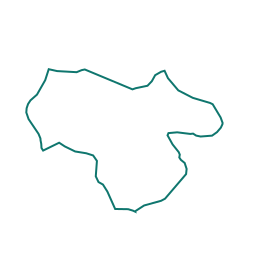 Kohgiluyeh and Buyer Ahmad, Albers equal-area conic projection, rotated 341°
{"feature_id": "IRN-3209", "entity_name": "Kohgiluyeh and Buyer Ahmad", "entity_type": "Province", "adm_level": 1, "iso_a3": "IRN", "parent_name": "Iran", "parent_adm1": "", "projection": "albers", "projection_center": [50.792, 30.816], "detail": "fine", "context": "isolated", "style": "outline", "palette": "teal", "viewbox_px": 256, "rotation_deg": 341, "n_neighbors": 0, "source": "natural_earth", "source_scale": "10m", "svg_char_len": 958}
<svg xmlns="http://www.w3.org/2000/svg" viewBox="0 0 256 256"><g transform="rotate(341 128 128)"><path d="M181.2,85.8L182.0,93.9L187.8,108.8L199.1,120.6L213.7,131.0L215.8,133.1L219.0,148.2L219.1,154.0L218.5,155.2L215.9,157.9L210.8,160.9L205.0,162.6L193.9,159.7L190.0,157.4L187.7,154.5L185.0,153.9L173.1,148.1L164.6,146.0L163.0,147.8L164.8,158.0L168.1,167.3L168.3,170.0L166.9,172.6L167.6,175.3L170.2,179.5L170.1,185.8L167.9,190.5L140.0,206.9L135.6,207.6L118.0,206.5L107.5,209.1L107.5,209.4L105.7,207.7L101.7,204.8L89.5,200.4L87.8,181.4L85.9,173.3L82.5,169.5L81.8,163.2L87.9,149.0L86.1,142.6L80.3,138.3L70.4,133.0L62.3,124.9L58.1,119.5L40.4,121.7L39.7,118.7L40.8,114.8L41.3,111.2L41.8,109.3L41.5,104.4L36.9,87.3L36.9,80.2L38.6,76.3L41.3,72.8L44.8,70.1L52.8,66.8L65.3,55.8L72.2,46.6L79.5,51.1L97.6,58.5L103.1,58.2L106.2,58.6L144.8,92.9L148.3,92.9L160.2,94.4L165.8,91.5L170.9,86.9L177.7,85.6L181.2,85.8Z" fill="none" stroke="#0f766e" stroke-width="2"/></g></svg>